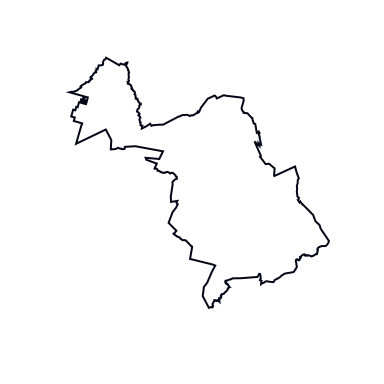 Rosales, Chihuahua, Mexico, rotated 286°
{"feature_id": "50627088B98437787119642", "entity_name": "Rosales", "entity_type": "district", "adm_level": 2, "iso_a3": "MEX", "parent_name": "Mexico", "parent_adm1": "Chihuahua", "projection": "albers", "projection_center": [-105.763, 28.244], "detail": "fine", "context": "isolated", "style": "outline", "palette": "ink", "viewbox_px": 384, "rotation_deg": 286, "n_neighbors": 0, "source": "geoboundaries", "source_scale": "gbopen_adm2", "svg_char_len": 6021}
<svg xmlns="http://www.w3.org/2000/svg" viewBox="0 0 384 384"><g transform="rotate(286 192 192)"><path d="M225.9,67.3L206.4,67.3L228.3,91.9L219.7,100.1L210.6,102.2L211.8,105.7L212.8,107.5L213.8,108.2L214.1,108.7L213.8,111.3L214.3,112.1L214.2,112.9L214.0,113.0L214.3,114.4L214.8,115.3L216.9,115.0L220.4,125.0L223.1,152.9L214.7,151.4L212.1,138.0L210.4,139.3L209.6,150.3L204.1,149.5L204.0,149.8L204.6,150.8L204.6,151.8L204.0,152.6L202.9,153.1L203.2,154.2L203.1,155.4L202.5,156.1L202.6,158.4L202.4,158.8L202.7,159.1L202.7,160.1L203.4,160.8L203.4,161.3L204.1,161.8L204.6,163.0L204.3,164.8L203.7,165.8L204.7,166.9L205.1,168.5L204.7,169.0L203.7,171.3L202.5,172.2L202.4,173.1L201.3,173.6L200.4,173.7L199.3,172.0L198.5,171.8L197.3,171.1L197.0,170.7L196.0,170.5L193.9,171.3L181.6,172.9L176.7,174.6L179.4,180.4L177.6,180.1L176.9,180.4L176.3,181.6L172.6,181.0L167.3,178.9L155.9,178.0L150.4,187.7L148.5,186.8L147.2,186.5L147.0,185.7L146.8,185.7L146.1,187.1L145.4,189.4L145.1,189.8L145.2,190.2L144.8,192.8L144.3,193.6L144.0,193.6L143.8,194.1L143.8,194.8L143.0,196.0L143.6,197.7L143.5,197.9L143.8,199.3L140.5,205.0L139.8,206.0L139.7,206.3L139.8,206.7L139.2,207.3L127.1,208.6L128.0,231.9L127.7,234.6L120.6,233.1L108.9,231.6L104.0,229.6L94.9,231.0L85.3,240.2L86.4,241.6L86.7,243.4L87.1,243.6L87.4,243.1L88.6,243.6L89.2,242.9L90.0,242.6L91.7,242.9L92.8,243.4L94.1,243.2L94.4,244.1L94.2,244.4L94.3,244.9L94.0,245.0L94.0,245.5L94.3,246.0L94.4,246.5L94.8,247.1L94.5,247.1L94.3,247.6L94.5,247.9L94.1,248.6L95.1,248.2L95.6,247.2L96.1,248.0L97.3,247.4L97.4,248.3L97.7,248.6L98.5,249.1L99.2,249.1L99.4,248.8L99.2,248.6L99.8,248.3L101.0,248.5L101.3,248.4L102.0,248.8L101.8,249.3L102.6,250.0L103.0,250.7L104.5,251.2L105.1,251.9L106.1,252.2L106.8,252.8L107.9,253.2L109.2,252.9L110.7,254.4L110.8,253.9L111.6,253.7L111.7,253.3L112.9,252.1L112.9,251.1L113.5,251.1L113.5,250.3L114.0,250.0L113.7,249.5L113.9,249.2L114.9,249.0L115.2,248.6L116.0,248.8L117.1,250.9L118.5,252.6L118.8,253.5L119.4,254.2L120.1,254.5L122.5,262.5L128.4,278.4L131.9,279.2L131.9,279.9L131.6,279.9L131.2,280.5L128.4,281.8L126.1,281.6L126.1,282.4L125.9,283.1L125.6,282.9L124.6,283.4L122.5,283.8L123.5,284.5L124.6,286.0L126.5,287.6L127.0,289.6L127.0,290.9L127.7,294.6L127.9,295.0L128.1,295.3L129.9,295.7L130.8,296.3L132.2,298.0L134.5,300.1L136.6,301.3L137.2,302.0L139.1,303.6L143.0,311.7L145.0,312.5L145.8,312.5L146.6,313.0L149.0,313.4L149.5,313.3L150.8,312.4L152.4,311.9L153.7,311.0L155.4,310.7L156.3,311.5L155.8,312.4L155.7,312.9L156.1,314.1L156.7,314.2L157.3,313.9L158.0,313.9L158.6,314.5L158.8,314.1L159.5,313.8L160.5,314.8L162.2,315.8L163.0,317.1L162.2,317.8L162.3,318.4L162.6,318.6L162.1,319.0L163.2,320.5L162.8,321.0L163.3,322.3L163.0,324.8L163.5,325.1L163.7,325.8L164.2,326.1L166.0,328.0L166.4,328.1L166.4,328.7L166.7,329.2L167.5,329.2L168.2,329.0L169.0,329.2L170.0,328.9L170.9,329.1L171.2,328.5L171.7,328.2L172.6,328.6L172.9,328.5L173.9,329.1L174.1,329.5L175.7,331.4L176.6,334.5L177.0,335.4L178.6,336.4L180.5,337.0L182.6,337.2L192.3,325.7L195.1,324.0L195.9,322.6L196.2,322.4L196.6,321.1L198.2,318.5L203.3,314.8L210.5,302.0L210.3,301.8L212.7,298.7L211.6,298.3L213.6,295.9L214.3,296.4L215.5,296.6L216.1,296.1L216.3,295.1L217.3,294.2L218.5,294.0L219.3,293.4L221.5,292.6L225.0,291.9L226.6,291.1L229.9,291.1L232.5,290.4L234.5,290.9L239.5,287.3L244.9,284.0L230.1,266.8L230.3,266.4L237.5,264.9L240.4,258.2L239.1,255.1L244.7,247.6L245.7,248.3L257.8,238.2L254.9,244.0L257.2,242.8L256.7,243.6L256.5,245.4L263.4,241.7L263.8,241.9L266.2,240.1L267.2,240.7L268.5,239.5L267.1,238.6L266.7,238.0L274.9,234.0L274.9,232.3L276.9,231.3L277.8,230.4L279.9,229.5L280.0,228.4L283.0,223.6L282.3,219.9L283.0,219.8L283.2,219.2L284.6,217.4L286.3,216.5L294.2,216.5L296.3,215.7L296.3,212.8L293.8,197.6L293.9,196.0L288.8,190.1L290.1,188.9L291.0,187.2L285.8,181.2L284.8,181.0L275.4,177.3L271.1,176.8L271.1,175.3L269.9,175.3L269.6,176.7L269.5,175.0L266.4,172.4L265.9,171.7L265.7,170.8L265.1,169.6L264.4,168.9L264.9,167.0L264.7,165.3L263.8,163.5L263.8,163.0L263.4,161.8L262.9,160.9L261.8,160.2L261.5,159.3L260.4,157.9L248.8,145.7L247.9,142.6L245.4,136.0L244.4,134.8L246.1,132.9L243.0,130.4L239.2,126.3L240.2,126.2L240.8,125.8L242.0,126.0L242.1,124.1L242.8,124.1L243.5,123.6L244.9,123.3L244.9,122.8L245.4,122.7L247.0,121.4L249.2,121.9L249.7,121.2L250.1,121.2L251.0,119.3L251.7,119.4L252.3,120.1L252.5,120.1L253.7,118.8L254.2,116.9L256.5,116.9L257.8,117.8L259.0,118.0L260.6,117.5L261.5,117.8L261.9,118.7L262.9,118.4L262.8,117.8L263.0,117.0L263.7,116.4L263.9,115.7L264.7,115.2L265.5,114.2L265.6,114.4L266.6,113.8L266.7,113.1L266.3,112.8L266.2,112.2L267.2,112.0L267.6,111.6L268.7,111.4L268.9,111.0L269.8,110.8L270.3,110.2L270.3,109.8L271.8,109.7L272.6,109.2L273.3,107.3L274.1,106.9L274.1,105.9L274.4,105.5L275.0,105.8L275.5,105.5L275.6,105.2L276.1,105.2L276.6,104.5L277.4,104.3L278.0,103.1L278.3,102.8L278.2,102.2L278.6,101.7L278.4,100.6L279.1,100.6L279.3,100.2L279.9,99.8L280.1,100.2L280.9,100.7L281.5,100.7L281.6,100.4L282.4,99.9L285.1,99.7L286.4,99.0L288.4,98.5L289.6,98.6L289.9,98.0L291.1,97.7L291.5,96.9L292.3,96.7L293.0,96.2L293.4,95.8L293.5,95.3L294.3,94.6L294.7,94.6L295.5,93.1L295.8,93.0L297.0,93.3L296.7,93.7L297.0,94.0L297.4,94.0L298.0,94.3L298.7,94.2L298.4,93.5L297.0,92.3L295.7,91.9L295.7,87.9L293.8,87.2L297.4,72.4L295.9,72.3L294.9,71.1L292.3,70.6L291.2,71.1L289.9,71.3L289.3,70.8L288.5,69.2L288.0,67.4L284.1,67.4L284.1,66.3L283.2,66.7L282.5,66.2L281.7,66.0L281.0,66.9L280.6,66.9L279.8,65.4L277.9,64.6L276.5,64.3L274.7,63.0L274.1,62.8L273.0,63.3L272.8,63.9L273.4,64.7L273.3,64.8L271.8,63.5L271.1,63.4L270.7,62.6L269.2,62.5L268.2,59.8L267.8,59.9L267.4,59.7L263.5,56.1L262.7,55.8L262.1,56.7L261.7,56.5L259.9,54.8L258.9,54.3L257.4,52.9L256.8,52.2L256.6,51.5L255.4,50.3L255.2,48.7L254.1,46.8L254.2,65.8L247.3,65.9L247.2,64.4L250.6,64.3L250.6,63.0L252.5,63.0L252.5,61.5L250.7,61.5L250.6,59.9L249.1,60.0L249.1,63.0L247.2,63.0L247.2,58.7L242.0,58.7L242.0,57.3L238.4,57.3L238.4,55.1L231.3,55.1L231.3,58.8L227.7,58.8L227.7,67.6L227.0,67.7L225.9,67.3Z" fill="none" stroke="#020617" stroke-width="2"/></g></svg>